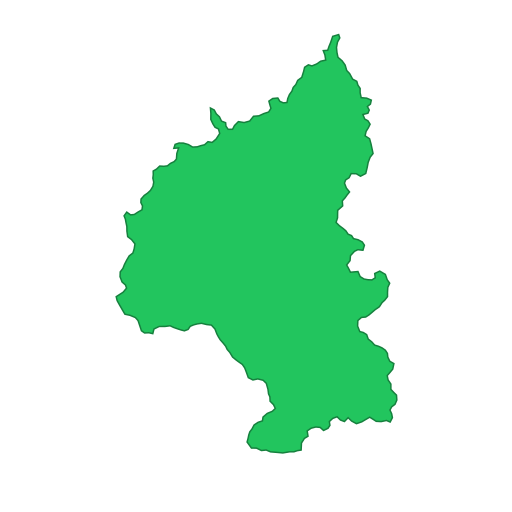 Alto Rio Doce, Minas Gerais, Brazil (Mercator projection), rotated 78°
{"feature_id": "56859067B36714206475136", "entity_name": "Alto Rio Doce", "entity_type": "district", "adm_level": 2, "iso_a3": "BRA", "parent_name": "Brazil", "parent_adm1": "Minas Gerais", "projection": "mercator", "projection_center": [-43.404, -21.048], "detail": "fine", "context": "isolated", "style": "filled", "palette": "green", "viewbox_px": 512, "rotation_deg": 78, "n_neighbors": 0, "source": "geoboundaries", "source_scale": "gbopen_adm2", "svg_char_len": 4139}
<svg xmlns="http://www.w3.org/2000/svg" viewBox="0 0 512 512"><g transform="rotate(78 256 256)"><path d="M183.1,123.8L180.1,120.2L175.5,120.2L170.4,120.2L165.0,120.5L161.1,124.3L157.0,122.4L154.0,119.5L150.8,117.0L147.0,118.4L144.6,121.2L139.8,122.0L139.6,116.8L136.8,114.9L132.9,116.0L131.2,112.5L127.5,110.8L124.6,114.9L123.0,120.2L118.0,120.2L113.7,119.3L110.1,120.8L106.1,121.1L103.1,124.7L97.0,126.5L93.4,128.7L87.8,129.1L83.0,131.2L78.7,134.5L73.8,134.5L68.7,133.9L63.7,131.8L60.1,128.7L56.6,129.1L57.1,135.3L62.5,138.5L66.3,141.1L69.7,143.1L69.1,147.5L73.8,146.8L78.9,147.1L78.9,152.2L80.8,156.8L81.7,161.8L79.9,165.0L81.5,169.2L85.3,171.0L90.8,174.1L92.9,178.7L96.6,181.4L98.8,184.5L102.2,186.6L105.0,189.7L108.6,192.2L112.3,193.8L111.9,197.4L109.7,200.5L106.0,201.8L105.4,206.9L107.2,211.2L110.9,211.0L114.7,210.7L117.8,213.7L118.3,218.7L119.5,224.0L118.8,229.4L122.7,234.1L123.0,239.9L120.9,245.3L123.9,249.9L127.2,252.6L126.3,256.9L122.7,258.4L119.3,258.0L116.9,261.7L112.3,262.8L108.7,265.3L104.5,266.5L101.8,269.8L107.2,270.5L113.0,271.8L117.8,270.7L121.6,269.3L123.9,266.3L128.6,266.0L133.3,270.7L135.8,275.3L134.2,279.2L136.5,283.2L136.6,287.1L137.0,290.7L136.3,295.3L132.9,299.0L130.5,303.5L129.5,307.8L130.0,311.9L133.6,314.0L134.2,309.2L139.2,312.1L144.7,313.7L146.7,316.5L147.6,320.4L149.4,323.9L149.1,327.5L148.0,331.5L150.3,335.2L151.5,338.9L155.2,339.6L158.4,340.7L162.5,340.7L166.4,342.3L169.9,345.6L172.0,349.1L173.5,352.7L176.4,356.6L179.8,357.5L183.4,356.6L187.1,357.9L188.5,362.3L190.1,366.4L189.7,370.1L186.2,373.3L189.3,376.7L192.7,376.1L196.3,376.2L200.4,376.2L204.9,377.1L210.4,377.5L214.1,374.3L219.0,371.9L223.7,373.7L227.5,375.8L229.5,380.0L233.1,383.3L236.9,386.4L240.5,388.8L243.3,392.1L248.0,393.3L253.6,392.4L257.2,389.7L260.5,389.3L263.8,393.5L265.2,397.2L266.7,401.2L270.8,401.1L275.7,399.6L281.2,397.8L285.7,396.3L287.8,391.6L291.1,386.8L294.6,384.8L299.9,384.2L305.3,383.6L308.1,381.0L308.8,376.7L310.5,373.1L306.2,371.0L304.8,365.4L306.0,359.5L306.4,354.5L308.7,351.5L310.9,347.9L312.7,344.8L314.3,341.6L313.7,337.7L311.1,335.0L310.4,331.4L310.2,327.7L310.5,323.3L312.8,318.5L314.3,314.0L318.9,311.3L324.0,310.5L327.2,309.6L330.5,308.4L334.2,306.3L338.0,304.4L341.4,303.6L344.8,301.7L350.0,299.9L353.4,297.2L356.1,294.8L359.2,291.9L363.1,290.3L367.5,289.6L373.4,288.8L376.6,284.8L376.6,279.8L379.0,274.9L382.7,272.4L389.0,272.0L393.4,272.4L396.7,271.7L401.0,272.4L405.0,269.8L409.1,268.8L411.3,272.3L412.3,277.7L415.0,282.6L418.6,284.0L419.1,288.5L420.9,293.0L424.4,295.9L426.7,298.6L429.6,300.3L432.8,301.7L436.1,303.4L439.5,301.9L442.9,300.4L444.0,295.5L447.4,291.1L447.9,286.4L450.6,282.5L452.2,277.1L454.2,270.7L454.5,263.9L455.4,259.6L455.0,256.1L455.2,252.2L448.4,250.4L444.5,246.6L443.1,242.6L437.7,242.3L435.9,237.8L435.7,233.0L437.0,228.9L440.7,226.2L439.5,221.4L437.0,218.9L433.2,218.7L430.8,214.7L430.1,210.1L434.0,207.5L436.3,203.9L433.3,199.5L437.3,196.8L440.9,192.6L440.2,187.0L438.7,182.6L437.3,178.3L440.3,175.2L442.7,172.8L444.0,168.0L444.0,162.6L446.3,159.3L442.5,156.2L438.6,156.1L434.5,157.0L431.7,154.6L430.0,150.9L426.2,148.2L421.3,147.5L418.3,149.5L414.5,151.8L409.3,150.7L404.6,152.6L400.2,152.5L398.0,149.5L395.1,145.8L389.9,143.5L386.8,147.0L382.3,148.1L378.6,147.7L375.0,149.1L372.0,151.9L369.8,154.9L367.8,158.5L364.1,160.6L360.6,163.5L355.9,164.1L353.1,167.0L351.5,170.2L345.7,171.2L340.3,169.8L338.0,165.6L338.5,161.4L337.1,157.7L335.4,154.5L333.3,150.7L331.3,145.9L327.8,142.4L326.0,139.3L323.1,135.8L318.8,134.9L314.1,133.6L310.4,130.9L306.5,132.6L300.9,133.3L296.5,138.1L297.8,143.5L302.1,143.9L303.5,147.6L302.5,151.4L301.0,155.1L297.8,158.4L292.4,159.5L291.5,167.0L287.2,168.1L283.6,169.2L280.1,165.0L275.3,163.5L271.9,158.7L271.0,155.1L272.6,150.2L268.0,147.7L264.4,149.1L261.3,152.8L259.3,157.0L255.9,158.3L253.8,161.4L250.0,162.9L247.3,165.0L243.5,168.3L239.8,170.7L235.6,168.3L231.6,167.4L228.3,166.6L225.0,160.8L220.0,160.1L217.8,157.0L215.3,154.3L212.8,151.2L208.3,153.5L203.1,154.3L200.2,152.5L198.8,148.7L195.2,145.8L196.4,140.8L199.7,137.2L198.1,131.5L192.7,128.9L187.7,126.8L183.1,123.8Z" fill="#22c55e" stroke="#15803d" stroke-width="1.5"/></g></svg>